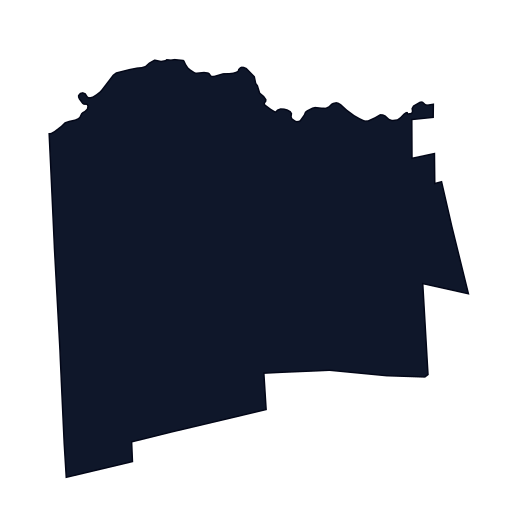 Cheshire, New Hampshire, United States of America, rotated 85°
{"feature_id": "52423323B8710872997835", "entity_name": "Cheshire", "entity_type": "district", "adm_level": 2, "iso_a3": "USA", "parent_name": "United States of America", "parent_adm1": "New Hampshire", "projection": "mercator", "projection_center": [-72.424, 42.947], "detail": "fine", "context": "isolated", "style": "filled", "palette": "ink", "viewbox_px": 512, "rotation_deg": 85, "n_neighbors": 0, "source": "geoboundaries", "source_scale": "gbopen_adm2", "svg_char_len": 2174}
<svg xmlns="http://www.w3.org/2000/svg" viewBox="0 0 512 512"><g transform="rotate(85 256 256)"><path d="M230.1,456.1L281.7,457.8L333.0,459.5L341.7,459.9L361.0,460.7L362.8,460.8L425.9,463.4L459.9,464.3L450.0,397.0L430.3,396.1L424.1,356.8L413.0,280.9L411.6,271.4L409.8,259.3L373.4,258.4L374.1,239.8L375.7,204.9L376.2,192.7L386.6,136.4L391.2,98.3L389.1,95.0L298.0,92.3L312.1,47.7L243.4,58.4L198.2,64.7L199.4,71.6L169.5,69.3L172.3,92.1L133.6,88.9L133.3,67.4L120.3,66.1L120.7,71.6L120.5,73.1L119.9,74.4L117.5,76.6L117.1,77.5L117.2,79.2L120.4,86.0L122.8,87.6L125.5,87.4L127.0,88.1L127.6,88.8L127.8,92.0L127.7,92.6L126.4,92.9L126.3,93.8L127.6,96.1L129.5,98.3L130.8,99.8L132.8,103.1L133.0,108.1L132.7,109.4L131.5,111.8L127.8,115.2L126.6,117.4L126.2,119.9L128.7,125.2L131.3,132.5L131.2,135.3L130.7,136.9L128.3,141.0L124.8,146.1L118.6,153.1L112.7,158.5L111.0,160.9L110.4,162.7L110.8,165.8L111.4,167.3L113.8,170.2L115.0,173.4L114.6,177.5L113.3,184.1L113.7,186.8L115.9,192.3L117.1,194.1L119.8,195.5L125.2,200.1L125.7,201.5L125.8,203.9L125.0,205.5L122.5,208.4L120.5,209.0L117.2,208.3L115.2,209.4L113.3,212.2L112.2,215.2L111.7,218.7L112.6,221.8L114.2,223.6L114.2,224.6L111.3,228.6L106.2,234.3L104.4,234.5L102.7,232.9L101.1,232.6L97.8,234.5L94.1,238.2L86.5,239.8L84.1,241.3L77.3,242.1L68.4,249.4L67.1,251.9L66.8,253.9L67.2,255.1L68.7,256.9L69.9,257.3L70.7,258.0L71.4,259.9L72.0,262.8L72.1,266.5L71.7,272.8L73.5,281.8L73.4,284.4L72.8,285.4L70.3,286.9L69.6,287.9L68.7,291.8L68.8,300.0L68.0,301.6L65.0,305.4L62.8,307.6L59.1,309.6L55.5,310.9L54.9,311.5L53.3,319.9L53.5,323.8L52.8,327.4L52.8,328.1L53.5,328.5L54.0,333.6L52.1,339.8L52.5,340.8L54.6,345.4L57.7,349.5L58.5,353.4L58.5,357.9L59.3,365.5L61.5,379.2L63.5,382.4L77.3,395.0L79.0,396.8L81.6,400.8L83.5,404.5L84.0,407.2L83.8,409.2L82.7,410.4L79.6,412.0L78.4,414.4L78.8,416.8L80.7,418.7L82.2,418.8L84.1,418.2L88.8,415.3L89.7,414.1L90.0,411.5L90.6,410.7L92.3,410.3L95.0,411.1L97.2,413.8L98.1,415.9L99.1,417.2L102.6,419.3L103.8,421.0L104.9,424.1L105.7,430.3L106.7,434.5L110.1,438.7L114.6,445.8L116.2,449.4L116.2,451.4L120.9,451.6L146.4,452.6L202.0,454.9L228.2,456.0L230.1,456.1Z" fill="#0f172a" stroke="#020617" stroke-width="1.5"/></g></svg>